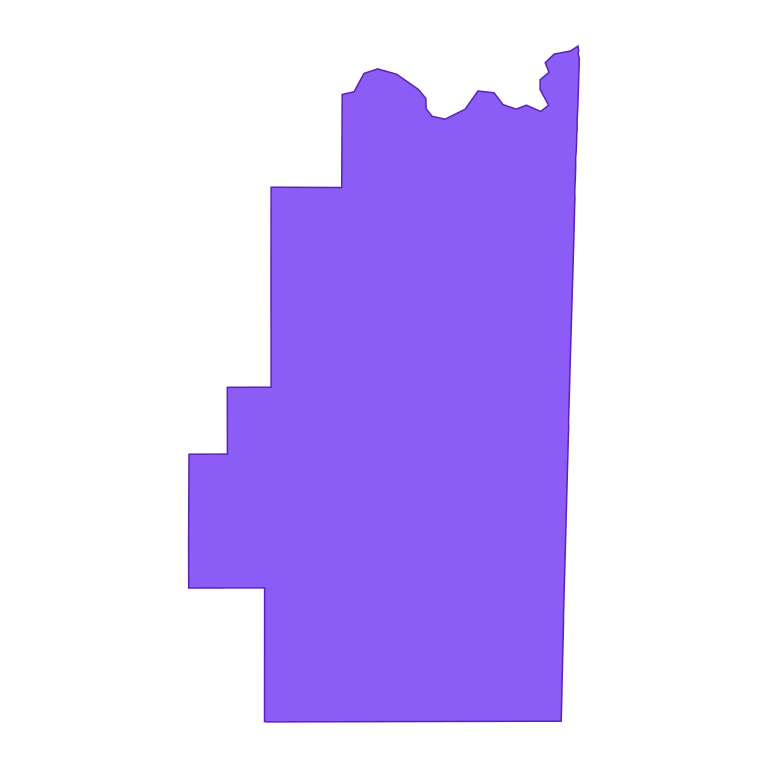 Le Flore, Oklahoma, United States of America (Natural Earth projection)
{"feature_id": "52423323B59385747750724", "entity_name": "Le Flore", "entity_type": "district", "adm_level": 2, "iso_a3": "USA", "parent_name": "United States of America", "parent_adm1": "Oklahoma", "projection": "natural_earth1", "projection_center": [-94.576, 34.946], "detail": "fine", "context": "isolated", "style": "filled", "palette": "violet", "viewbox_px": 768, "rotation_deg": 0, "n_neighbors": 0, "source": "geoboundaries", "source_scale": "gbopen_adm2", "svg_char_len": 1107}
<svg xmlns="http://www.w3.org/2000/svg" viewBox="0 0 768 768"><path d="M264.5,721.6L267.6,721.9L561.2,721.2L561.9,692.1L561.9,690.1L563.5,623.2L563.5,617.1L564.5,578.3L565.3,551.0L567.3,475.2L567.9,453.9L568.0,451.4L568.0,449.3L568.3,438.6L568.7,426.9L568.6,424.1L568.5,422.8L569.4,393.6L570.3,359.5L572.2,294.8L573.5,250.9L573.7,243.9L574.4,217.3L574.5,213.0L574.5,210.9L574.9,199.1L574.8,194.2L574.8,191.3L575.1,182.7L575.3,180.8L575.7,165.5L575.6,159.1L575.7,156.8L576.3,150.8L576.8,134.5L576.8,134.1L576.8,132.2L577.1,131.0L577.1,122.1L577.2,119.0L577.8,107.5L579.2,64.2L579.1,60.7L579.4,59.0L578.2,53.9L578.7,50.4L578.0,46.1L570.4,51.0L554.1,54.1L545.2,62.7L549.0,72.3L540.1,79.8L540.1,89.6L548.6,105.2L540.7,111.5L526.4,105.2L516.1,109.1L503.0,104.6L494.0,92.8L478.0,91.0L465.0,109.3L445.0,119.2L432.1,116.3L426.2,108.8L425.8,98.3L418.4,89.5L396.8,74.3L377.7,68.9L364.0,73.4L354.1,91.7L342.2,94.5L341.7,187.5L271.1,187.2L271.0,298.1L271.1,332.5L271.1,387.2L227.3,387.3L227.4,454.1L189.0,454.2L188.6,543.3L188.7,588.0L264.6,587.9L264.5,721.6Z" fill="#8b5cf6" stroke="#5b21b6" stroke-width="1.5"/></svg>